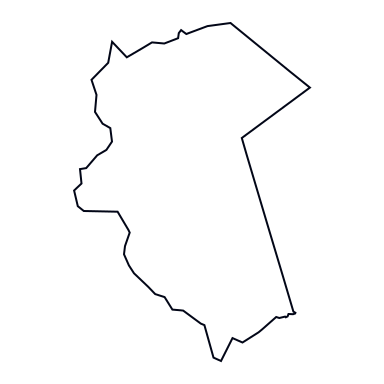 Dauphin, Pennsylvania, United States of America
{"feature_id": "52423323B59200867058970", "entity_name": "Dauphin", "entity_type": "district", "adm_level": 2, "iso_a3": "USA", "parent_name": "United States of America", "parent_adm1": "Pennsylvania", "projection": "equal_earth", "projection_center": [-76.798, 40.389], "detail": "fine", "context": "isolated", "style": "outline", "palette": "ink", "viewbox_px": 384, "rotation_deg": 0, "n_neighbors": 0, "source": "geoboundaries", "source_scale": "gbopen_adm2", "svg_char_len": 868}
<svg xmlns="http://www.w3.org/2000/svg" viewBox="0 0 384 384"><path d="M309.9,87.6L290.0,71.6L230.5,23.0L207.5,26.1L186.3,34.0L181.1,30.1L178.8,33.1L178.1,38.2L164.3,43.5L152.0,42.4L142.2,48.3L126.8,57.3L112.1,41.8L108.2,62.8L91.5,79.8L96.5,94.9L95.0,111.9L102.6,123.7L110.3,128.1L112.0,141.6L106.4,149.9L97.2,155.3L86.2,168.1L80.0,169.1L81.5,183.5L74.1,190.5L77.8,206.2L83.8,211.0L117.6,211.7L128.4,229.9L129.7,232.6L125.0,246.1L124.0,254.3L128.9,265.4L134.0,273.3L148.4,287.0L155.2,294.1L164.6,297.1L172.4,309.6L180.5,310.3L183.2,310.6L200.8,323.6L204.4,325.1L213.5,357.6L221.0,361.0L232.5,338.1L242.5,342.5L258.6,332.3L262.0,329.5L276.2,317.0L279.3,318.0L285.1,316.6L285.8,317.3L287.6,316.4L288.5,314.0L293.1,314.2L295.1,313.5L295.4,312.8L293.4,311.6L283.0,276.5L267.0,223.1L246.7,154.9L241.8,138.0L309.9,87.6Z" fill="none" stroke="#020617" stroke-width="2"/></svg>